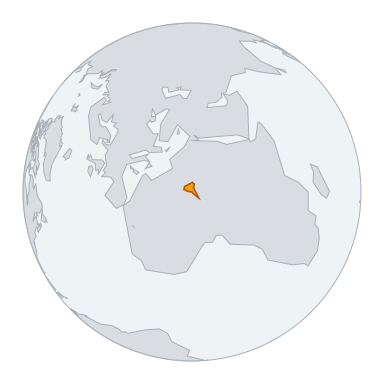 the Earth from above Tibesti, rotated 305°
{"feature_id": "TCD-5578", "entity_name": "Tibesti", "entity_type": "Préfecture", "adm_level": 1, "iso_a3": "TCD", "parent_name": "Chad", "parent_adm1": "", "projection": "orthographic", "projection_center": [15.919, 20.285], "detail": "fine", "context": "on_globe", "style": "filled", "palette": "amber", "viewbox_px": 384, "rotation_deg": 305, "n_neighbors": 0, "source": "natural_earth", "source_scale": "10m", "svg_char_len": 10321}
<svg xmlns="http://www.w3.org/2000/svg" viewBox="0 0 384 384"><g transform="rotate(305 192 192)"><circle cx="192" cy="192" r="169" fill="#eef3f6" stroke="#a8b0b8"/><path d="M190.7,23.0L185.0,23.3L163.8,25.5L158.9,26.8L138.6,32.9L141.1,32.4L134.9,35.2L135.4,35.9L131.5,37.3L135.3,36.8L138.8,35.4L141.6,34.8L142.2,35.3L137.4,36.9L136.4,37.0L135.2,37.7L132.6,38.5L134.2,38.4L128.3,40.7L135.0,39.2L131.0,41.7L126.8,43.1L126.2,41.9L114.9,43.7L110.4,45.6L104.8,49.0L96.4,57.2L92.0,60.1L86.7,64.7L89.6,63.4L94.8,59.3L98.9,58.4L104.7,54.1L107.3,53.3L113.7,49.7L113.8,51.6L110.5,55.5L105.2,58.7L103.6,60.7L109.5,59.1L100.5,67.0L96.1,76.0L93.6,78.2L87.2,79.3L84.9,75.2L76.5,78.5L83.0,78.0L76.8,84.3L76.2,86.2L77.2,87.1L80.0,85.4L78.1,88.2L70.9,89.3L72.6,86.7L74.8,86.3L73.7,84.7L68.8,86.3L66.1,89.8L61.7,90.1L59.6,92.8L57.5,94.6L61.1,90.1L54.6,98.5L49.0,103.0L40.1,118.7L47.6,104.4L49.6,101.0L49.7,100.9L56.5,91.0L64.0,81.7L72.2,72.9L80.9,64.7L90.2,57.1L100.0,50.3L110.3,44.1L121.0,38.7L132.1,34.0L143.4,30.2L155.0,27.1L166.8,24.9L178.7,23.6L190.7,23.0ZM25.3,164.3L25.2,165.4L26.2,160.7L27.1,160.2L25.3,169.4L27.3,162.7L26.8,168.9L29.7,174.7L29.0,176.3L31.2,192.5L36.6,203.0L37.8,211.1L36.9,214.6L39.4,217.8L39.5,220.6L52.3,232.7L61.0,243.7L62.2,253.2L57.8,260.9L60.8,280.9L54.7,282.3L57.9,289.9L61.2,298.3L57.0,293.5L63.0,301.1L63.5,301.7L55.9,292.1L49.0,282.0L42.8,271.3L37.5,260.3L32.9,248.9L29.2,237.2L26.4,225.3L24.4,213.2L23.3,201.0L23.1,188.7L23.8,176.5L25.3,164.3ZM37.7,123.1L37.6,123.7L33.5,137.0L33.4,134.6L33.9,133.8L35.4,129.3L37.5,123.7L37.6,123.4L37.7,123.1ZM41.2,117.7L41.7,116.1L41.6,117.0L41.2,117.7ZM113.2,49.0L113.4,49.4L112.1,49.8L113.2,49.0ZM115.8,47.3L114.1,47.6L115.0,46.8L116.1,46.6L115.8,47.3ZM117.6,47.2L117.0,45.5L118.7,44.2L124.0,42.6L117.6,47.2ZM139.6,34.8L136.0,36.3L138.4,34.7L139.6,34.8ZM140.5,34.0L144.1,31.0L149.8,29.4L147.5,30.5L154.4,28.5L155.4,29.1L151.9,30.4L148.0,31.2L151.3,30.9L140.5,34.0ZM206.0,23.7L206.5,23.8L204.7,23.6L206.0,23.7ZM142.9,34.5L143.1,33.8L148.1,32.4L148.6,33.4L146.8,33.5L142.9,34.5ZM155.7,27.8L159.5,27.1L161.4,27.3L163.1,27.1L156.0,29.0L155.7,27.8ZM146.0,34.1L148.7,34.0L146.9,35.2L143.1,35.0L146.0,34.1ZM149.2,31.6L151.6,31.0L150.4,31.6L149.2,31.6ZM142.1,39.9L142.3,38.9L144.9,38.0L142.1,39.9ZM149.8,33.9L150.4,33.5L151.5,33.1L152.8,33.3L149.8,33.9ZM157.8,29.2L157.8,29.6L160.8,28.5L162.3,28.9L157.3,30.2L160.1,29.8L160.6,29.9L155.9,30.9L157.8,29.2ZM157.4,32.5L151.5,34.7L150.6,36.6L148.3,37.4L150.1,34.2L157.4,32.5ZM156.9,31.4L156.7,32.2L153.9,32.6L152.3,32.4L156.9,31.4ZM165.2,28.8L164.1,27.8L165.3,27.6L165.2,28.8ZM157.7,32.9L159.1,32.4L157.9,33.0L157.7,32.9ZM163.5,29.9L163.0,29.5L164.3,29.2L163.5,29.9ZM162.3,31.8L160.4,32.4L159.3,32.2L162.3,31.8ZM163.3,30.8L165.2,30.6L160.1,31.7L162.9,30.7L163.3,30.8ZM164.8,29.7L165.4,29.4L164.8,29.9L164.8,29.7ZM167.6,32.6L161.4,34.1L159.0,33.4L165.3,32.0L167.6,32.6ZM260.1,37.4L262.1,38.3L277.2,46.1L275.8,45.3L287.0,52.2L297.5,60.0L307.4,68.6L316.6,77.9L318.9,80.6L314.8,76.2L320.0,82.3L322.7,85.2L320.6,82.5L326.9,90.3L328.2,92.0L335.0,101.9L341.0,112.3L346.3,123.1L348.7,129.6L349.9,132.6L348.8,130.9L351.0,138.5L356.1,151.8L357.2,156.7L359.0,169.1L358.4,165.6L355.5,161.0L357.6,173.3L360.0,179.8L360.8,190.2L360.2,189.0L359.0,180.1L357.9,178.2L356.3,167.7L351.8,154.4L351.0,159.7L349.2,153.6L342.8,144.2L340.7,151.6L338.6,172.9L341.3,188.8L339.2,197.6L329.2,178.5L323.5,164.2L320.6,167.3L309.7,157.6L292.8,162.7L289.8,159.3L286.8,162.2L279.0,160.0L274.1,154.3L269.7,155.8L282.4,170.8L287.1,169.3L290.2,161.5L292.9,167.3L300.4,170.9L294.3,188.3L268.3,208.0L264.8,196.4L239.8,166.4L240.0,162.6L239.9,162.2L239.5,161.4L238.3,167.8L233.6,161.8L248.0,183.4L250.8,193.0L267.9,208.8L266.6,211.0L271.8,213.8L287.2,205.8L287.5,209.8L280.8,230.0L258.6,258.5L261.0,273.9L258.5,287.3L243.4,297.8L243.6,307.2L235.6,311.4L234.4,316.6L227.3,322.6L216.0,328.4L198.0,329.4L197.8,325.0L190.1,316.3L179.9,293.4L185.4,282.3L184.2,273.5L171.1,253.2L174.0,241.7L170.3,236.7L162.7,237.7L158.2,231.7L153.6,231.4L123.8,233.4L114.2,224.6L101.7,198.9L106.7,189.9L106.9,178.6L141.0,143.5L149.1,146.2L177.0,142.1L180.6,143.5L178.3,152.3L200.1,162.6L205.9,155.0L224.6,159.7L236.4,158.3L238.9,141.5L219.5,143.4L215.2,135.8L229.9,127.4L246.7,126.4L245.6,123.5L234.2,118.0L237.2,112.1L230.1,115.7L233.6,118.5L229.3,121.0L225.8,118.8L227.0,116.6L221.7,115.8L217.3,127.0L220.4,131.0L207.1,134.0L210.9,141.1L207.6,144.8L199.8,134.2L200.0,130.2L186.3,119.3L185.0,123.7L197.8,134.5L194.1,133.8L192.4,140.6L190.9,134.9L177.2,122.7L164.6,125.5L150.0,142.0L142.3,143.1L135.3,139.4L139.2,122.6L155.9,122.1L157.5,116.8L152.9,109.2L158.4,109.9L158.5,107.0L164.7,106.7L172.3,99.8L178.4,99.1L180.2,90.5L183.6,89.1L181.5,94.4L183.4,98.1L198.4,97.1L201.0,95.2L201.0,89.9L205.1,90.6L203.2,85.6L211.3,83.2L199.8,82.3L199.5,76.8L203.7,72.6L201.5,70.8L194.6,77.9L193.7,81.0L196.2,83.8L191.9,93.1L187.0,94.9L183.7,85.1L176.3,86.8L176.9,79.1L195.3,63.4L203.6,60.4L219.5,66.0L218.3,69.2L211.9,68.7L218.8,73.8L217.7,71.1L221.2,72.0L221.7,67.7L224.2,68.1L220.5,63.5L223.6,63.5L225.9,66.5L229.4,60.9L235.5,60.4L235.0,58.9L232.9,57.6L242.1,58.2L241.4,57.2L238.1,56.5L234.6,54.2L231.9,50.4L235.2,50.9L236.6,52.3L244.6,56.1L247.8,60.2L248.9,60.1L246.9,56.7L237.2,51.9L234.6,49.6L239.5,51.4L237.5,50.5L237.3,49.5L240.2,49.1L235.0,47.0L228.0,37.5L232.9,36.3L238.0,38.6L236.6,34.0L242.2,34.1L239.2,33.3L236.5,31.3L234.7,31.2L233.0,30.8L225.3,26.9L226.0,26.8L219.2,25.3L217.7,25.0L216.7,25.0L208.7,23.9L221.9,25.7L234.9,28.6L247.7,32.5L260.1,37.4ZM130.4,162.2L129.7,165.6L130.4,162.2ZM265.5,134.1L274.9,133.0L268.9,123.7L272.0,122.6L268.8,120.0L268.4,123.0L260.4,115.9L263.8,112.3L261.7,108.3L258.5,108.6L253.5,116.5L265.0,126.4L263.6,131.0L265.5,134.1ZM29.9,174.8L30.0,177.3L29.4,176.4L29.9,174.8ZM32.1,137.8L31.9,139.2L31.3,141.3L31.3,140.8L32.1,137.8ZM33.0,148.4L33.3,150.6L32.4,149.9L33.0,148.4ZM33.2,138.9L32.7,147.0L31.1,146.7L31.6,141.8L32.0,143.0L33.2,138.9ZM38.8,122.1L38.3,123.5L37.6,124.8L38.8,122.1ZM41.1,118.4L41.1,118.2L41.8,116.6L41.1,118.4ZM77.2,84.2L77.7,84.2L78.1,85.6L76.8,86.0L77.2,84.2ZM87.0,86.7L83.7,91.2L85.1,88.1L82.6,89.1L82.4,84.4L92.4,79.1L87.9,82.2L87.0,86.7ZM84.9,77.2L83.9,80.4L84.6,77.1L84.9,77.2ZM153.5,92.7L156.0,94.5L154.1,97.8L146.4,100.0L149.0,95.1L153.5,92.7ZM159.9,96.4L158.7,86.9L163.5,85.5L161.0,87.8L164.3,87.9L161.2,91.6L166.8,100.2L165.6,103.8L152.0,105.2L157.1,102.6L154.4,100.8L159.9,96.4ZM147.4,69.1L146.9,66.1L157.8,66.9L157.0,69.7L149.2,71.7L145.6,69.7L147.4,69.1ZM127.2,45.2L126.3,44.9L127.7,44.3L129.5,44.1L127.2,45.2ZM142.0,39.5L132.4,46.4L130.9,46.3L127.1,51.1L121.7,52.7L124.4,49.4L117.3,54.6L117.6,52.3L113.3,56.0L119.7,48.4L119.7,46.9L121.8,47.9L126.8,46.4L128.9,45.3L134.9,41.2L137.2,37.7L142.5,36.1L145.6,35.9L145.9,36.5L142.3,37.3L145.2,37.5L140.3,39.1L142.0,39.5ZM179.2,40.7L175.0,40.3L179.9,43.2L175.1,43.9L176.0,44.2L172.8,45.9L170.5,48.5L168.2,48.5L168.3,49.6L166.2,50.9L165.6,52.4L161.1,53.2L160.0,55.2L158.5,54.5L157.8,57.8L156.4,55.7L153.5,57.5L156.4,58.6L134.0,61.5L125.7,65.1L119.6,69.5L117.9,66.0L122.6,59.9L130.5,53.7L138.7,51.1L136.5,50.2L139.7,48.8L140.1,50.1L141.5,47.3L144.3,46.6L151.3,42.5L151.5,39.6L154.1,38.2L155.4,39.0L157.0,37.1L161.2,37.8L163.2,36.9L169.3,37.0L170.7,39.4L172.7,38.3L177.5,38.6L179.2,40.7ZM169.3,32.6L172.1,34.8L170.8,36.4L160.7,35.7L158.4,36.4L151.9,36.5L153.9,34.3L155.6,34.4L157.7,34.0L156.2,34.9L158.9,33.9L161.3,34.2L164.1,33.6L164.3,34.4L169.3,32.6ZM184.2,140.2L186.9,140.5L191.1,139.9L190.1,144.5L184.2,140.2ZM174.8,132.0L177.1,131.4L177.7,137.0L174.9,136.9L174.8,132.0ZM178.0,126.5L177.2,130.9L175.9,128.4L178.0,126.5ZM183.7,93.8L186.2,93.0L186.6,94.3L185.5,96.2L183.7,93.8ZM192.8,51.1L190.6,50.1L191.2,49.6L189.1,46.6L192.5,46.0L195.2,47.6L192.8,51.1ZM235.9,144.7L232.8,148.2L230.9,146.9L232.3,145.9L235.9,144.7ZM210.6,146.6L216.6,148.3L210.2,147.9L210.6,146.6ZM196.2,50.0L194.9,48.7L197.4,49.2L196.2,50.0ZM195.0,45.5L197.8,45.8L192.7,45.6L195.0,45.5ZM281.2,334.2L280.8,335.0L278.9,335.9L281.2,334.2ZM284.5,280.2L271.3,304.3L264.2,305.8L263.9,299.7L269.5,285.7L278.1,280.1L282.7,273.0L284.5,280.2ZM360.3,206.8L360.2,204.4L357.3,187.6L358.4,186.1L360.8,193.8L360.8,196.5L360.8,198.9L360.3,206.8ZM341.9,190.1L345.0,198.0L343.6,200.7L341.9,190.1ZM351.6,137.0L352.0,139.0L351.2,136.8L350.1,132.9L351.6,137.0ZM223.8,46.6L222.9,51.1L224.5,54.6L229.1,56.9L222.3,56.0L219.8,50.5L223.8,46.6ZM227.1,38.4L223.2,37.0L225.1,36.7L226.2,37.0L227.1,38.4ZM224.6,38.2L219.4,38.3L217.3,36.9L221.8,37.1L224.6,38.2ZM207.9,43.3L207.4,44.6L205.4,44.0L207.9,43.3ZM208.2,23.9L206.7,23.8L207.2,23.8L208.2,23.9ZM232.1,30.8L229.9,30.2L230.6,29.9L232.1,30.8ZM224.3,28.5L225.0,29.1L222.9,28.2L224.3,28.5ZM226.9,30.8L224.7,29.3L228.8,31.0L226.9,30.8Z" fill="#d9dde1" stroke="#a8b0b8" stroke-width="1"/><path d="M192.2,182.7L192.4,182.8L192.8,183.0L193.1,183.2L193.4,183.4L193.8,183.5L194.1,183.7L194.4,183.9L194.8,184.1L195.1,184.2L195.4,184.4L195.8,184.6L196.1,184.8L196.5,185.0L196.8,185.1L197.1,185.3L197.5,185.5L197.8,185.7L198.2,185.8L198.5,186.0L198.8,186.2L199.2,186.4L199.5,186.5L199.9,186.7L200.2,186.9L199.7,187.3L199.7,188.0L199.8,188.8L199.8,189.4L199.2,189.7L198.1,190.0L197.6,190.3L197.3,190.7L196.9,190.8L196.1,190.8L196.0,191.6L194.5,194.4L193.0,197.3L190.8,201.3L190.8,201.2L190.8,200.9L190.8,200.6L190.9,200.4L190.9,200.2L190.9,199.8L190.9,199.7L191.0,199.4L191.0,199.2L191.0,198.9L191.0,198.7L191.0,198.4L191.1,198.2L191.1,197.8L191.1,197.7L191.1,197.4L191.1,197.1L191.2,196.9L191.2,196.7L191.2,196.3L191.2,196.2L191.3,195.9L191.3,195.7L191.3,195.4L191.3,195.1L191.3,194.9L191.4,194.7L191.4,194.3L191.4,194.2L191.4,193.9L191.4,193.6L191.5,193.5L191.5,193.4L191.5,193.2L191.6,192.9L191.7,192.6L191.8,192.4L192.0,192.2L192.1,191.9L192.1,191.7L191.9,191.5L191.7,191.3L191.5,191.1L191.4,190.9L191.1,190.7L190.9,190.3L191.0,190.2L191.1,189.9L191.0,189.7L190.9,189.7L190.7,189.4L190.6,189.2L190.4,188.9L190.3,188.7L190.2,188.6L190.0,188.4L190.0,188.1L190.0,187.9L190.0,187.6L190.0,187.4L190.0,187.2L189.9,186.8L189.9,186.7L189.9,186.4L189.8,186.2L189.8,185.8L189.7,185.7L189.7,185.3L189.6,185.1L189.6,184.9L189.6,184.7L189.5,184.4L189.5,184.2L189.4,184.0L189.5,184.0L189.7,183.9L189.8,183.8L190.0,183.7L190.3,183.6L190.6,183.4L190.8,183.4L191.1,183.2L191.4,183.1L191.5,183.0L191.7,182.9L191.8,182.8L192.0,182.8L192.1,182.7L192.2,182.7Z" fill="#f59e0b" stroke="#b45309" stroke-width="1.5"/></g></svg>